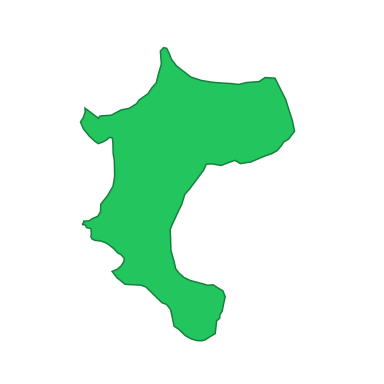 Irepodun, Kwara, Nigeria (orthographic projection), rotated 77°
{"feature_id": "59680162B70509973828236", "entity_name": "Irepodun", "entity_type": "district", "adm_level": 2, "iso_a3": "NGA", "parent_name": "Nigeria", "parent_adm1": "Kwara", "projection": "orthographic", "projection_center": [4.958, 8.196], "detail": "fine", "context": "isolated", "style": "filled", "palette": "green", "viewbox_px": 384, "rotation_deg": 77, "n_neighbors": 0, "source": "geoboundaries", "source_scale": "gbopen_adm2", "svg_char_len": 2111}
<svg xmlns="http://www.w3.org/2000/svg" viewBox="0 0 384 384"><g transform="rotate(77 192 192)"><path d="M86.2,277.4L90.1,278.1L92.3,279.5L95.0,281.1L98.7,284.9L106.1,283.6L114.7,279.4L119.2,276.3L120.6,275.4L123.8,272.4L123.3,268.2L122.1,263.7L120.1,260.0L121.6,257.5L126.3,258.0L136.9,260.2L143.0,260.5L148.3,261.5L155.1,263.0L155.9,263.1L159.8,264.0L168.7,267.7L176.8,275.4L180.5,280.1L183.4,283.6L190.6,285.6L190.7,285.8L192.0,286.9L194.5,289.3L195.5,295.3L196.7,297.9L197.0,298.6L196.0,304.0L196.3,304.4L197.6,304.4L198.6,305.9L199.2,305.9L199.7,304.1L201.1,302.9L202.5,303.0L203.3,302.3L204.1,300.1L205.2,298.7L208.2,299.1L210.4,299.6L212.8,300.6L215.2,300.0L217.2,297.6L219.4,291.6L222.4,287.1L225.6,284.1L229.0,281.4L229.3,281.1L230.1,280.7L234.7,278.1L236.9,275.4L239.9,273.7L241.6,272.9L244.5,274.2L248.0,277.6L250.5,282.1L251.4,287.7L256.6,285.3L258.9,284.3L260.8,282.6L266.9,278.0L271.3,262.6L274.3,258.2L284.3,251.8L293.2,246.1L295.8,242.1L301.8,239.3L318.8,239.6L322.3,236.2L325.3,234.2L330.4,230.8L332.9,228.2L335.2,225.4L337.9,220.5L339.1,216.3L339.1,212.6L337.1,207.2L335.3,201.3L323.2,197.0L321.2,193.4L317.9,192.5L314.9,189.3L311.4,187.9L301.5,183.2L295.1,184.2L292.5,187.1L287.2,192.3L286.3,198.1L284.1,201.7L280.8,208.0L277.9,213.5L273.6,218.9L268.3,222.8L263.2,225.1L255.9,225.1L245.6,225.6L244.4,225.7L229.8,222.8L223.6,221.7L220.0,219.2L217.7,217.4L206.5,208.7L201.7,204.7L192.7,199.6L188.5,193.6L187.6,192.6L178.7,182.1L173.1,175.5L168.1,171.8L169.1,166.2L172.7,157.7L171.6,149.8L170.8,143.1L175.2,138.5L176.0,128.0L173.4,113.6L172.6,105.6L170.8,99.7L167.3,94.9L163.9,91.3L162.0,85.6L161.2,84.9L155.9,78.4L151.1,78.3L145.3,78.1L141.6,78.4L139.3,78.6L131.2,79.3L123.4,79.8L110.7,82.9L99.8,85.5L96.9,95.1L99.5,101.7L97.6,114.4L97.7,122.3L94.8,130.6L92.5,138.5L89.4,148.2L85.4,157.8L79.8,167.2L71.1,174.3L65.5,178.8L57.9,182.2L52.7,182.9L46.4,184.3L44.9,187.1L47.5,191.1L60.5,193.1L69.0,197.9L77.6,202.3L81.5,207.7L86.4,212.9L90.5,223.0L93.5,226.2L96.3,234.2L96.1,242.8L99.0,253.5L97.6,261.9L97.4,265.0L99.2,266.5L86.2,277.4Z" fill="#22c55e" stroke="#15803d" stroke-width="1.5"/></g></svg>